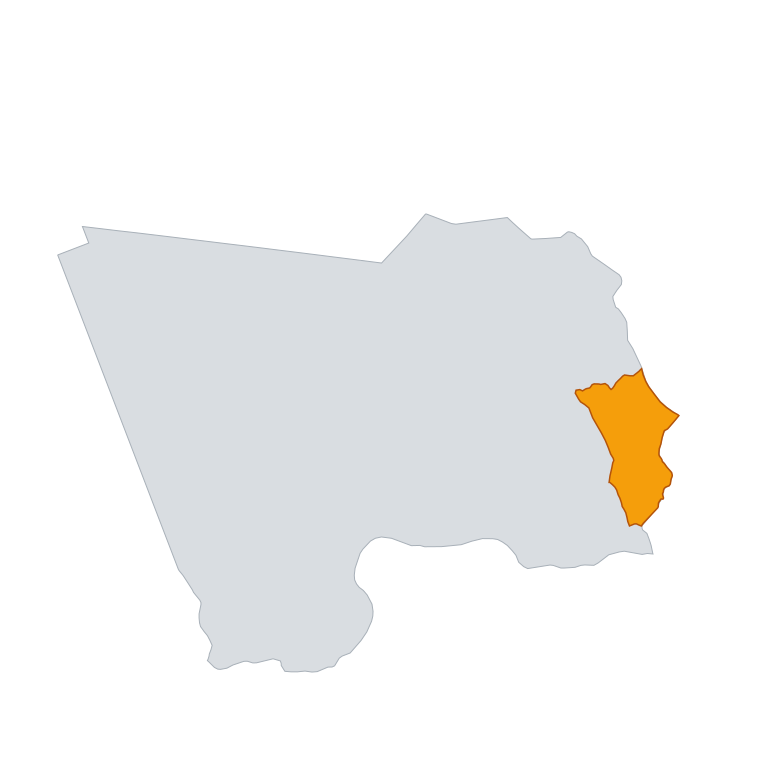 Ghadamis on a map of Libya (Mercator projection), rotated 159°
{"feature_id": "LBY-2882", "entity_name": "Ghadamis", "entity_type": "Municipality", "adm_level": 1, "iso_a3": "LBY", "parent_name": "Libya", "parent_adm1": "", "projection": "mercator", "projection_center": [10.859, 30.473], "detail": "fine", "context": "in_parent", "style": "filled", "palette": "amber", "viewbox_px": 768, "rotation_deg": 159, "n_neighbors": 0, "source": "natural_earth", "source_scale": "10m", "svg_char_len": 4781}
<svg xmlns="http://www.w3.org/2000/svg" viewBox="0 0 768 768"><g transform="rotate(159 384 384)"><path d="M127.7,244.5L131.7,242.4L137.3,240.1L140.2,238.4L141.5,236.9L145.7,230.9L147.9,227.6L150.9,223.1L152.2,219.9L152.3,217.0L151.8,213.4L149.5,204.9L147.5,196.6L149.0,193.4L150.2,191.9L152.8,188.0L153.9,187.2L159.5,186.0L161.8,183.4L163.5,180.1L164.0,178.4L166.4,176.6L169.4,174.8L171.2,172.5L177.2,168.8L182.6,165.5L188.9,162.0L193.8,159.3L194.8,157.0L194.8,155.0L192.1,150.3L192.1,144.8L192.3,140.2L192.5,137.5L193.7,130.0L193.8,128.9L198.9,131.4L204.1,132.4L219.6,141.8L224.5,142.9L235.4,144.0L248.2,140.2L253.0,139.5L261.4,143.1L265.1,144.1L271.4,144.4L282.0,147.7L284.8,148.8L291.0,154.0L293.9,155.5L316.0,160.2L319.0,163.4L322.1,169.3L322.2,176.8L323.9,182.1L326.7,189.1L330.0,194.0L333.6,198.1L337.9,200.6L347.5,204.4L358.4,205.8L369.5,206.3L388.4,211.5L404.4,217.5L408.3,220.4L416.4,223.3L432.3,237.3L441.2,242.1L447.4,243.1L453.0,242.2L462.9,237.4L467.0,234.5L477.0,222.4L480.3,216.1L481.6,211.6L481.3,207.1L480.0,203.0L477.3,198.7L475.3,193.0L474.1,182.8L475.7,175.7L477.6,171.4L480.6,167.0L488.9,158.7L497.3,152.8L512.0,145.0L520.5,145.0L524.0,144.1L531.1,138.6L533.9,138.4L537.8,139.8L549.4,139.4L554.5,140.9L560.6,144.3L568.3,146.4L573.7,148.5L579.5,151.3L580.8,158.0L580.1,160.0L580.0,162.6L586.0,167.2L603.0,169.4L606.4,170.6L611.0,174.2L614.1,175.3L625.7,175.8L632.5,175.0L639.0,176.2L641.4,177.4L643.9,180.2L646.9,186.9L648.0,189.1L646.8,190.2L644.9,192.6L643.8,194.6L640.7,198.0L638.1,201.6L638.4,206.9L639.0,212.3L640.7,217.5L642.2,223.3L641.8,227.1L640.5,231.8L639.0,235.7L633.9,243.7L633.2,245.6L633.4,248.2L636.5,257.7L636.7,260.6L638.6,269.8L640.2,277.2L642.1,283.0L642.4,284.6L642.4,293.2L642.4,301.7L642.4,310.2L642.4,318.7L642.4,327.2L642.4,335.7L642.4,344.1L642.4,352.5L642.4,360.9L642.4,369.3L642.4,377.7L642.4,386.1L642.4,394.4L642.4,402.7L642.4,411.1L642.4,419.4L642.4,427.6L642.4,435.9L642.4,444.2L642.4,452.4L642.4,460.6L642.4,468.8L642.4,477.0L642.4,485.2L642.4,493.3L642.4,501.5L642.4,509.6L642.4,517.8L642.4,525.9L642.4,534.0L642.4,542.0L642.4,550.1L642.4,568.0L642.4,585.8L642.4,603.5L642.4,621.2L642.2,621.2L642.1,621.3L641.9,621.4L633.7,621.4L625.5,621.4L617.3,621.4L609.1,621.4L609.1,625.8L609.1,630.3L609.1,634.7L609.1,639.1L593.1,630.7L577.2,622.3L561.2,614.0L545.3,605.6L529.4,597.2L513.4,588.7L497.5,580.3L481.5,571.8L465.6,563.4L449.6,554.9L433.7,546.4L417.7,537.9L401.8,529.4L385.8,520.8L369.9,512.3L353.9,503.7L342.9,497.8L331.0,503.6L321.7,508.1L309.4,514.1L295.4,521.8L284.5,527.7L284.0,527.7L283.5,527.5L272.3,517.5L263.5,509.6L259.6,507.4L243.0,503.4L226.6,499.4L209.2,495.2L206.1,488.7L202.5,481.5L197.8,472.5L194.9,467.0L193.9,466.2L180.6,461.8L166.5,457.5L158.3,460.1L156.9,459.9L154.5,458.3L152.2,456.0L151.0,452.9L147.7,448.7L144.6,439.2L144.3,431.5L143.7,428.8L136.4,418.1L129.8,408.2L125.3,401.7L124.5,398.7L125.0,395.1L126.8,391.8L133.2,387.9L139.0,383.7L139.8,380.7L140.2,372.6L138.3,370.1L136.9,365.3L135.5,358.8L135.3,354.6L137.9,346.2L140.9,337.5L139.0,327.8L137.6,308.3L138.5,292.8L137.7,287.2L137.2,284.8L135.2,277.5L132.8,269.9L131.7,267.3L128.6,261.1L123.4,253.5L120.7,248.9L124.4,246.4L127.7,244.5Z" fill="#d9dde1" stroke="#a8b0b8" stroke-width="1"/><path d="M166.5,177.3L167.1,177.1L168.2,176.2L169.4,175.4L170.5,174.4L171.9,171.2L172.8,170.3L183.1,165.3L191.8,161.1L194.1,159.6L194.5,159.2L194.8,159.3L196.7,161.1L198.4,162.9L200.3,163.6L205.7,163.5L205.7,168.2L205.0,172.2L204.4,177.1L204.9,181.3L205.5,184.2L204.9,188.1L204.7,192.8L205.1,196.7L204.8,201.6L205.4,205.0L206.8,208.2L208.5,211.3L209.1,211.5L205.9,217.3L201.4,224.0L198.7,228.4L196.9,230.2L196.6,232.4L197.5,237.4L197.4,244.2L197.6,252.0L198.6,260.6L200.0,269.4L201.3,277.6L201.3,288.2L203.9,292.8L206.9,296.9L207.7,300.1L208.7,306.9L208.6,307.0L208.0,307.9L206.9,309.4L203.2,308.6L201.1,306.4L197.7,307.1L196.5,307.1L193.4,306.6L192.1,307.3L189.9,308.8L187.8,308.8L183.4,307.0L181.8,305.9L177.5,305.2L175.5,302.4L174.9,299.6L174.0,297.5L172.1,298.1L169.7,299.7L169.1,300.2L167.2,301.8L164.2,303.2L161.3,304.4L158.4,305.8L156.2,306.2L151.4,303.5L148.3,302.3L146.8,302.8L143.8,303.7L141.1,304.6L139.4,305.5L138.0,306.0L138.8,299.7L138.7,292.5L137.9,286.7L135.3,277.5L132.6,268.3L128.7,260.9L124.5,254.5L122.7,252.4L120.7,250.1L120.0,248.8L127.7,244.5L135.2,240.5L136.1,240.3L138.6,240.1L139.4,239.6L143.6,234.2L147.1,228.6L150.1,225.1L152.2,220.8L152.7,219.2L152.7,217.9L151.9,215.2L151.7,213.8L151.9,212.4L151.9,211.6L150.8,209.4L149.8,205.3L147.3,198.6L147.2,198.0L147.6,195.4L148.1,194.5L150.2,192.1L152.5,188.1L154.2,186.8L157.9,186.8L159.8,186.1L160.3,185.6L160.8,185.1L161.2,184.6L161.8,183.2L163.2,181.9L163.6,180.6L163.9,177.4L164.6,176.6L165.3,176.7L165.9,177.1L166.5,177.3Z" fill="#f59e0b" stroke="#b45309" stroke-width="1.5"/></g></svg>